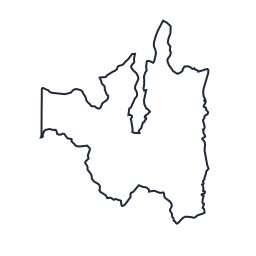 outline of Cundinamarca, rotated 172°
{"feature_id": "COL-1398", "entity_name": "Cundinamarca", "entity_type": "Department", "adm_level": 1, "iso_a3": "COL", "parent_name": "Colombia", "parent_adm1": "", "projection": "orthographic", "projection_center": [-74.139, 4.765], "detail": "fine", "context": "isolated", "style": "outline", "palette": "slate", "viewbox_px": 256, "rotation_deg": 172, "n_neighbors": 0, "source": "natural_earth", "source_scale": "10m", "svg_char_len": 5425}
<svg xmlns="http://www.w3.org/2000/svg" viewBox="0 0 256 256"><g transform="rotate(172 128 128)"><path d="M78.3,229.4L74.8,226.8L71.6,222.9L72.8,215.9L75.3,211.3L76.2,208.9L76.6,207.2L76.5,206.0L74.7,202.6L75.8,199.0L75.1,197.4L75.3,196.2L75.7,195.0L76.3,193.8L77.6,192.4L78.1,192.0L79.3,190.6L79.6,188.4L79.0,186.0L78.8,184.9L78.2,183.5L77.6,182.5L75.4,178.0L73.7,176.6L72.9,175.9L72.4,175.4L71.5,174.9L70.9,174.9L69.9,175.1L67.4,176.1L66.6,176.6L66.0,177.2L65.6,178.6L65.2,179.1L64.7,179.6L64.0,180.6L63.5,181.0L63.0,181.1L62.4,180.8L61.8,180.7L60.8,180.9L59.7,180.6L58.7,180.2L55.6,177.4L54.0,177.9L53.4,176.6L53.0,176.3L50.8,175.1L50.6,174.0L48.3,174.4L46.2,174.6L43.4,175.2L41.4,175.4L40.4,174.4L40.8,171.5L47.6,156.5L48.6,152.9L48.7,149.0L47.4,145.0L48.7,144.6L48.6,144.0L47.4,143.0L48.1,141.8L49.7,139.9L50.0,138.8L49.8,138.1L49.2,137.8L48.5,137.6L48.1,137.1L47.9,136.4L48.0,135.9L48.1,135.5L48.1,135.2L46.7,133.1L46.5,132.1L47.1,130.9L48.2,130.2L49.4,129.9L50.3,129.3L50.7,128.3L51.0,127.3L52.3,125.9L52.7,124.7L52.0,120.1L51.9,118.6L52.2,117.4L52.8,116.5L53.9,116.1L53.5,115.3L53.6,114.6L53.9,113.9L54.0,112.9L52.8,109.6L52.7,109.0L53.3,108.4L55.5,107.5L56.0,106.9L55.7,106.3L54.3,104.1L54.0,103.0L54.0,101.1L55.3,95.2L54.7,79.8L54.1,77.8L54.1,77.7L53.9,76.6L54.3,76.1L54.8,75.8L56.3,74.4L56.6,73.9L57.1,72.1L58.8,68.9L59.6,66.3L60.3,65.7L60.9,65.3L61.3,64.7L60.8,62.6L61.1,62.0L62.5,61.7L62.0,60.2L61.7,58.5L61.9,56.7L62.5,55.3L61.3,54.9L60.6,54.0L60.9,53.0L62.2,52.6L63.8,52.3L64.4,51.7L64.0,51.1L62.5,50.6L64.1,46.5L64.7,44.0L64.2,42.8L63.3,42.4L63.5,41.6L64.1,40.6L64.7,39.4L65.1,38.9L65.2,38.4L64.5,38.0L64.2,37.7L64.0,37.3L63.9,36.9L63.9,33.6L65.4,32.9L70.6,32.0L72.8,31.0L73.9,30.1L74.6,30.0L76.3,30.3L77.7,30.9L79.0,31.3L83.4,32.2L85.8,31.5L86.7,30.8L88.1,29.9L90.9,27.5L92.3,26.6L93.1,26.6L93.7,27.2L94.0,27.8L94.1,28.4L94.3,28.8L94.6,29.1L95.0,29.4L95.4,29.5L95.6,29.7L95.6,30.1L95.5,30.6L95.5,31.6L95.7,32.5L96.4,33.4L96.6,34.2L96.6,35.4L96.5,37.0L97.0,38.5L97.7,39.5L97.9,40.4L97.6,41.6L96.7,42.7L95.5,44.7L95.4,45.9L95.5,46.9L96.8,49.5L100.9,53.5L101.6,55.4L101.6,56.1L101.4,57.8L101.6,58.6L102.1,59.3L103.3,59.2L105.5,59.3L108.5,61.0L110.3,61.9L111.3,62.3L116.0,62.0L115.9,64.0L116.9,65.4L117.9,66.3L119.4,67.1L120.9,67.3L125.3,69.8L131.6,64.1L134.2,63.3L135.0,61.2L134.9,59.5L140.2,54.0L142.3,52.2L143.2,51.8L144.1,51.6L144.5,51.6L145.2,52.2L145.2,57.0L150.2,59.4L152.2,58.9L154.3,61.0L155.8,61.6L157.0,61.6L157.7,61.3L158.3,61.4L158.5,62.4L159.4,64.4L163.4,67.9L164.3,68.5L164.4,69.4L165.1,70.4L164.5,71.6L164.0,72.9L164.0,73.9L164.3,75.3L164.9,76.4L167.4,78.4L169.0,79.7L169.4,80.3L170.9,82.9L170.6,85.4L171.3,87.9L173.6,92.0L173.9,93.1L173.5,94.5L173.8,96.5L175.3,99.2L175.0,100.5L171.3,103.3L171.6,106.4L168.7,112.0L168.7,113.2L170.8,116.2L178.6,116.4L181.4,117.2L182.3,117.8L183.7,120.1L185.1,121.7L185.8,122.7L185.4,124.2L185.5,124.9L189.3,126.2L191.2,129.5L191.6,130.6L192.4,131.3L193.5,131.5L195.2,130.9L196.2,130.9L197.1,131.0L198.0,131.3L198.9,131.9L199.2,134.6L199.9,136.3L202.0,136.4L205.9,137.9L209.9,137.6L211.1,136.9L211.8,136.2L212.1,135.4L213.3,133.5L213.5,132.9L213.6,132.4L213.4,131.9L213.6,131.4L214.2,130.9L215.6,130.8L214.7,132.5L211.4,155.2L208.3,175.9L208.0,178.2L207.6,179.1L206.9,179.5L205.5,178.8L203.0,177.1L201.8,176.5L201.4,176.1L200.8,174.9L199.7,174.0L197.6,173.2L185.8,170.3L179.8,170.9L177.4,172.9L175.8,173.6L174.3,173.8L173.0,173.6L171.9,173.0L170.4,172.5L169.3,171.8L168.5,171.1L168.1,170.5L167.9,169.3L165.9,164.8L165.4,162.1L165.3,160.9L164.9,160.0L163.6,158.2L162.4,156.9L161.4,154.9L160.5,154.5L159.6,154.3L158.3,154.3L157.3,153.5L156.9,152.9L156.2,152.2L155.2,151.6L154.2,151.3L153.0,151.6L152.1,152.5L150.7,154.7L150.1,155.9L148.0,157.1L145.7,158.2L145.0,158.7L144.0,159.9L143.4,160.9L143.2,162.9L144.5,164.2L145.6,169.4L145.4,171.2L145.5,172.1L145.6,173.1L147.1,174.6L147.9,176.2L147.9,177.6L148.1,178.7L149.0,181.8L146.3,181.9L145.2,181.6L143.1,181.6L142.1,182.3L141.3,183.2L134.8,186.0L133.1,186.4L131.0,187.5L130.1,189.4L129.2,190.5L127.5,190.9L126.2,191.0L124.8,191.3L123.2,192.2L121.7,193.8L118.2,196.1L113.6,200.7L110.7,200.5L112.4,195.8L112.6,192.8L113.0,191.9L113.7,191.3L114.6,190.7L115.4,189.9L116.3,188.5L116.4,187.6L115.5,185.6L114.4,183.8L112.1,181.2L110.8,177.4L110.8,175.9L111.1,174.7L115.1,168.4L115.6,165.6L115.2,164.9L114.3,162.5L114.3,160.0L114.6,158.8L115.2,157.8L116.9,156.5L118.1,154.5L119.2,152.9L122.0,148.3L122.6,147.7L124.1,147.0L125.8,140.7L124.0,140.8L122.6,139.7L122.4,139.0L122.5,138.2L122.9,137.7L123.8,137.0L124.1,136.0L123.8,135.1L123.6,127.3L123.7,125.5L124.3,123.2L121.6,122.1L119.9,121.8L119.0,121.9L117.6,121.3L117.2,121.5L117.5,122.0L117.6,122.3L117.6,123.4L117.3,124.0L116.7,124.8L115.5,125.5L114.8,126.2L112.8,130.8L112.6,131.3L111.0,131.7L110.4,133.1L108.7,134.3L108.9,135.1L108.8,135.5L108.8,135.9L108.9,136.0L109.3,135.9L109.7,135.8L109.9,136.1L110.0,136.5L109.5,137.3L109.0,137.9L106.5,139.1L104.0,141.0L105.2,143.2L105.7,143.7L106.2,144.1L106.8,144.6L107.4,145.5L108.5,149.5L108.3,153.3L104.7,163.0L106.7,162.8L107.1,163.5L107.1,165.1L106.0,168.6L105.2,173.6L105.2,175.2L105.0,176.7L104.4,178.1L103.4,180.2L101.5,182.4L101.5,186.5L100.3,190.7L100.0,191.5L99.4,191.7L97.0,191.1L96.0,190.5L94.1,189.1L93.3,189.7L92.8,190.4L89.9,197.9L90.0,200.0L90.0,200.9L90.1,202.4L90.8,204.3L90.9,205.2L90.9,206.4L90.6,208.0L90.1,209.8L87.6,215.4L85.2,219.8L78.3,229.4Z" fill="none" stroke="#1e293b" stroke-width="2"/></g></svg>